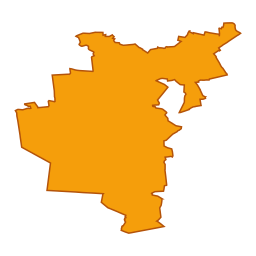 the district of Īslīces pag., Bauska, Latvia
{"feature_id": "27541924B75327905371768", "entity_name": "Īslīces pag.", "entity_type": "district", "adm_level": 2, "iso_a3": "LVA", "parent_name": "Latvia", "parent_adm1": "Bauska", "projection": "natural_earth1", "projection_center": [24.139, 56.325], "detail": "fine", "context": "isolated", "style": "filled", "palette": "amber", "viewbox_px": 256, "rotation_deg": 0, "n_neighbors": 0, "source": "geoboundaries", "source_scale": "gbopen_adm2", "svg_char_len": 5389}
<svg xmlns="http://www.w3.org/2000/svg" viewBox="0 0 256 256"><path d="M240.6,33.3L240.1,32.9L239.8,32.7L239.1,32.3L238.1,31.8L236.6,30.9L236.1,30.4L235.6,29.7L235.5,29.4L235.4,29.0L235.3,28.5L235.3,28.2L235.0,27.2L235.0,26.7L235.1,26.3L235.1,25.4L234.7,24.5L234.3,24.0L233.8,23.6L232.7,23.0L231.9,22.9L229.5,22.9L228.7,22.9L227.8,23.0L227.3,22.9L226.1,23.0L223.9,23.1L223.5,25.8L222.9,27.4L222.3,27.3L221.9,27.2L221.3,28.7L219.2,28.2L219.0,28.4L219.4,32.3L219.5,33.8L219.3,36.3L219.2,34.2L216.3,33.9L212.1,33.2L211.0,33.0L210.1,32.9L206.3,32.0L205.9,32.0L205.1,31.9L204.0,35.1L201.8,34.6L193.3,32.7L193.2,33.6L189.2,31.6L189.6,31.0L189.2,31.0L188.2,32.6L188.1,32.8L187.6,34.2L187.5,34.6L185.0,37.4L178.7,36.4L178.2,38.6L178.1,39.3L177.8,40.2L181.1,41.4L174.5,46.5L172.3,46.7L172.2,46.7L168.1,46.9L167.8,46.9L167.7,47.0L167.6,46.9L166.6,46.7L165.5,47.2L165.3,48.0L165.1,48.1L163.9,48.4L163.2,48.1L160.6,47.8L159.9,47.9L159.5,47.9L159.1,47.7L157.7,47.1L157.5,48.3L150.5,49.6L147.7,53.0L147.1,52.6L143.9,50.5L142.6,49.7L142.6,49.2L139.9,47.7L139.2,47.6L135.1,44.0L134.2,44.2L133.4,44.4L129.0,44.8L126.1,45.1L123.3,45.3L119.9,44.2L119.3,42.8L115.2,42.5L114.0,41.1L113.9,41.0L113.7,40.2L113.8,40.0L114.7,38.9L112.7,38.3L114.1,36.7L112.4,35.1L112.3,34.9L109.2,36.5L105.3,36.4L105.4,35.7L105.6,35.0L105.7,34.9L105.7,34.6L103.1,35.2L102.9,32.4L95.1,32.3L89.5,33.5L83.6,33.2L83.0,33.2L79.2,34.7L76.5,35.8L76.1,36.1L75.9,36.3L76.5,36.6L77.8,37.2L78.5,37.6L78.6,37.8L79.0,38.6L80.3,42.0L80.3,42.3L80.2,42.6L79.5,43.5L79.4,43.9L79.1,44.5L79.3,44.8L79.5,45.0L81.1,46.1L81.3,46.2L81.8,46.2L82.3,46.2L85.1,45.4L85.8,45.2L86.5,45.2L86.7,45.3L88.2,46.1L88.4,46.3L88.5,46.6L88.4,48.6L88.5,48.8L88.6,49.1L89.1,49.6L89.7,50.0L93.5,51.8L93.8,52.1L93.8,52.3L93.8,52.6L93.2,53.6L93.2,54.0L93.3,54.3L94.2,55.7L92.1,56.6L91.8,56.8L91.7,57.1L91.5,57.5L91.6,57.9L93.1,70.7L93.0,71.1L92.9,71.4L79.9,70.6L77.2,70.3L75.5,70.0L74.1,69.6L71.7,68.9L69.9,68.6L69.9,68.9L70.5,73.1L70.0,73.8L69.5,74.1L69.2,74.3L69.1,74.2L68.4,74.2L52.2,75.1L54.3,90.9L54.5,96.8L54.6,97.0L54.8,97.8L54.9,98.0L55.0,101.4L54.7,101.7L49.0,100.6L48.6,101.0L48.3,101.3L49.0,105.6L48.3,106.7L37.9,107.7L37.8,107.0L34.5,102.4L29.4,103.2L24.1,104.0L24.5,104.1L25.1,104.8L27.4,105.6L27.6,105.6L28.2,106.4L30.3,106.3L30.8,108.3L30.3,108.4L29.8,108.5L28.4,108.3L26.8,108.5L24.8,109.2L24.7,109.2L22.7,109.8L18.0,109.4L17.4,109.6L15.4,110.6L16.6,112.7L16.7,113.0L16.9,116.1L17.8,120.7L18.9,127.8L20.0,134.9L20.3,137.5L21.7,147.2L26.2,149.7L50.5,163.0L47.0,190.4L75.4,192.0L83.5,192.6L93.6,193.1L103.1,193.7L102.9,193.9L102.9,194.1L101.7,200.3L101.4,201.9L101.3,202.3L107.8,207.7L115.1,210.7L125.8,215.3L125.7,215.5L125.2,216.6L125.6,216.9L125.7,217.0L125.8,217.4L125.9,217.6L125.8,217.8L125.7,217.8L125.2,217.8L124.9,218.0L124.5,219.1L124.4,219.5L124.5,219.7L124.9,219.8L124.9,220.5L124.7,220.8L125.6,222.0L123.2,225.8L122.7,225.8L122.4,226.0L121.9,226.4L121.9,226.6L122.0,227.0L121.4,228.4L121.6,229.0L121.2,230.3L125.4,232.0L128.6,233.1L128.9,233.1L130.9,232.8L136.6,231.7L157.4,227.8L164.0,226.5L161.8,224.7L157.4,221.3L156.8,221.1L158.4,220.0L160.9,217.2L160.4,213.3L159.7,207.9L159.8,207.7L161.0,205.6L161.2,205.1L161.6,202.8L161.9,200.5L161.9,198.7L162.0,198.7L157.7,196.1L155.6,195.7L152.3,195.0L152.3,194.9L152.3,194.2L152.2,194.1L151.5,193.5L151.5,193.4L151.8,193.2L154.6,191.8L154.8,191.7L157.6,191.5L163.5,191.2L164.0,188.9L164.4,185.8L164.5,185.7L166.6,185.3L166.7,185.2L165.7,176.1L165.3,172.8L164.9,169.7L165.1,169.5L165.1,169.4L165.1,164.4L163.9,162.3L164.0,162.0L164.2,161.3L164.6,160.6L165.9,159.6L165.1,157.2L170.3,156.5L170.7,156.4L171.4,156.5L172.3,157.0L172.9,155.9L172.8,154.7L172.4,151.6L171.7,148.9L167.7,147.8L167.2,147.6L164.3,146.1L164.1,146.0L164.0,144.0L163.9,141.0L163.9,140.9L166.3,140.2L170.3,136.4L172.8,134.1L177.2,131.6L177.9,130.7L178.0,130.6L179.0,130.3L179.3,130.1L181.2,128.7L181.5,126.8L176.2,125.8L175.7,125.6L174.0,124.5L168.4,121.0L168.1,120.8L167.9,119.9L167.8,118.3L165.9,116.2L165.0,115.0L165.0,114.8L165.1,114.5L166.6,113.0L166.7,112.8L166.7,112.6L166.5,112.3L165.8,111.6L162.8,109.3L162.2,109.0L161.0,108.7L156.4,108.1L156.0,108.0L155.8,107.9L155.4,107.0L155.2,106.8L153.1,106.5L152.8,106.3L152.7,106.2L152.6,105.6L152.6,105.3L158.7,104.8L159.3,103.1L158.9,102.3L157.5,100.0L161.3,95.4L163.6,92.6L167.9,87.2L164.5,84.5L156.1,80.7L156.3,80.5L160.5,78.6L162.0,78.4L162.7,78.4L167.3,79.0L167.6,81.0L172.0,80.4L174.6,79.6L176.1,81.3L180.2,84.6L184.3,85.0L183.9,92.0L184.1,92.1L185.3,93.0L185.6,93.5L185.9,94.3L184.9,95.8L184.5,97.7L184.4,98.9L184.4,101.1L184.3,102.4L180.1,110.8L179.2,112.6L179.8,112.6L180.7,112.4L184.6,111.1L188.9,109.6L188.7,109.4L190.9,108.0L193.1,106.9L195.2,106.6L195.7,106.4L201.1,105.5L200.9,104.6L200.0,99.3L203.1,99.2L203.7,99.0L205.5,98.3L205.4,97.8L205.3,97.6L205.2,97.0L205.3,96.9L205.2,96.9L202.8,95.6L202.7,95.4L201.3,92.4L200.7,91.1L200.3,90.2L200.1,89.8L200.2,89.7L197.4,84.9L195.4,82.4L198.6,82.1L198.4,81.3L198.4,81.2L200.2,80.1L204.1,80.2L206.6,79.9L206.6,80.0L209.1,80.0L209.2,79.7L209.4,79.0L210.2,78.9L212.2,78.4L216.6,77.4L218.7,76.9L227.2,74.9L226.8,73.7L225.5,72.5L225.2,71.8L222.8,68.2L221.7,67.2L220.8,65.8L219.4,63.0L216.7,58.5L216.0,57.1L216.1,56.5L213.7,53.8L218.8,50.4L219.3,50.9L220.3,50.3L218.7,47.9L222.6,45.3L222.8,45.0L226.8,42.6L229.0,41.0L238.0,35.0L238.3,35.0L238.7,34.7L238.8,34.6L240.6,33.3Z" fill="#f59e0b" stroke="#b45309" stroke-width="1.5"/></svg>